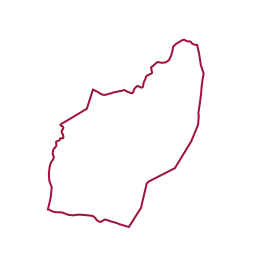 outline of Caridad, Valle, Honduras, rotated 104°
{"feature_id": "27666195B77015637320307", "entity_name": "Caridad", "entity_type": "district", "adm_level": 2, "iso_a3": "HND", "parent_name": "Honduras", "parent_adm1": "Valle", "projection": "albers", "projection_center": [-87.706, 13.817], "detail": "fine", "context": "isolated", "style": "outline", "palette": "rose", "viewbox_px": 256, "rotation_deg": 104, "n_neighbors": 0, "source": "geoboundaries", "source_scale": "gbopen_adm2", "svg_char_len": 5281}
<svg xmlns="http://www.w3.org/2000/svg" viewBox="0 0 256 256"><g transform="rotate(104 128 128)"><path d="M223.8,103.2L202.5,96.1L177.2,96.4L174.6,94.6L155.6,72.8L125.6,63.4L107.9,60.8L99.5,62.2L96.5,63.3L87.4,64.2L79.5,65.1L76.1,65.5L70.6,66.5L62.9,67.4L57.1,67.7L49.0,72.7L42.7,75.3L38.0,77.3L30.7,81.0L30.8,81.5L30.9,82.0L31.0,82.5L31.0,82.9L31.0,83.2L31.0,83.9L30.9,84.7L30.8,85.3L30.7,85.7L30.6,86.1L30.4,86.4L30.3,86.6L30.2,86.8L29.8,87.1L29.6,87.4L29.4,87.6L29.3,87.9L29.2,88.1L29.1,88.3L29.0,88.5L29.0,88.8L29.0,89.0L29.1,89.4L29.2,89.6L29.3,89.9L29.4,90.1L29.4,90.4L29.4,90.9L29.5,91.4L29.5,92.2L29.5,92.3L29.1,93.5L28.7,94.7L29.3,95.9L29.7,96.7L30.1,97.1L31.9,98.8L33.4,100.5L33.8,100.8L34.2,101.2L35.1,101.9L35.7,102.3L36.3,102.7L36.7,103.0L37.3,103.4L37.5,103.5L38.0,103.7L38.3,103.7L38.6,103.8L39.1,103.8L39.6,103.8L40.3,103.7L41.4,103.6L41.9,103.6L42.1,103.5L43.7,103.6L45.6,103.6L46.7,103.6L47.1,103.6L47.3,103.6L50.0,104.2L51.7,104.6L52.2,104.7L52.3,104.7L52.4,104.8L53.0,105.3L53.4,105.7L54.2,106.4L55.0,107.3L55.4,107.8L55.5,107.9L55.6,108.1L55.7,108.4L56.0,109.3L56.5,110.9L56.6,111.5L56.6,111.8L56.7,112.0L56.7,112.9L56.7,113.4L56.7,113.8L56.8,114.5L56.9,115.0L57.0,115.2L57.0,115.3L57.1,115.5L57.6,115.9L58.2,116.4L58.8,116.8L59.5,117.3L60.4,117.9L61.6,118.6L61.8,118.8L62.0,118.9L62.1,119.0L62.5,119.4L62.8,119.7L63.0,119.9L63.2,120.0L63.4,120.2L63.7,120.3L63.9,120.3L64.0,120.3L64.1,120.2L64.2,119.9L64.3,119.8L65.8,119.3L66.7,119.0L66.9,118.9L67.0,118.8L67.4,118.5L67.6,118.4L68.0,118.2L68.4,118.1L68.6,118.0L68.9,118.1L69.0,118.1L69.3,118.3L69.5,118.5L69.9,119.0L70.3,119.5L71.3,120.6L71.8,121.1L72.0,121.5L72.2,121.8L72.4,121.9L72.5,122.1L72.8,122.4L73.1,122.6L73.3,122.7L73.5,122.8L73.8,122.9L74.1,123.0L74.4,123.0L74.6,123.0L74.8,123.0L75.0,123.0L75.5,122.9L75.8,122.9L76.3,123.0L77.2,123.2L77.5,123.3L79.0,123.6L79.6,123.6L79.9,123.7L81.0,123.8L81.4,123.8L81.7,123.7L82.1,123.6L82.7,123.6L83.2,123.5L83.6,123.5L83.9,123.5L84.2,123.6L84.7,123.6L84.9,123.7L85.0,123.8L85.3,124.1L85.4,124.3L85.5,124.5L85.5,125.1L85.5,125.4L85.4,125.8L85.3,126.5L85.2,126.9L85.0,127.5L85.0,127.8L84.9,128.1L84.9,128.4L85.0,128.7L85.0,128.9L85.1,129.1L85.2,129.3L85.4,129.4L85.6,129.6L85.9,129.9L86.6,130.3L87.5,130.8L87.9,131.0L88.4,131.3L88.5,131.3L89.7,131.4L91.0,131.5L91.9,131.7L92.4,131.7L92.5,131.8L92.8,132.0L93.0,132.2L93.1,132.4L93.2,132.5L93.3,132.9L93.4,133.3L93.4,133.6L93.4,134.0L93.3,134.5L93.2,135.2L93.1,135.5L93.1,135.9L93.1,136.7L93.0,137.1L93.0,137.3L93.0,137.6L92.9,137.8L92.6,138.5L92.5,138.9L92.3,139.4L92.3,139.8L92.2,140.3L92.2,140.9L92.3,141.2L92.3,141.5L92.6,142.0L93.1,142.5L93.3,142.8L93.5,143.2L93.6,143.5L93.7,143.9L94.0,144.6L94.2,145.0L94.7,146.0L95.4,147.3L95.7,147.8L96.1,148.7L96.5,149.8L96.9,150.4L97.0,150.8L97.3,151.1L97.4,151.3L97.9,152.0L98.2,152.3L98.3,152.5L98.5,152.9L98.7,153.2L98.8,153.5L99.1,154.3L99.3,154.6L99.5,155.0L99.8,155.4L100.2,156.0L100.4,156.3L100.7,156.8L100.9,157.1L101.1,157.6L101.3,158.1L101.5,158.7L101.6,159.1L101.7,159.5L101.7,159.9L101.8,160.3L101.8,160.6L101.8,160.9L101.8,161.1L101.8,161.5L101.7,161.8L101.6,162.2L101.4,162.9L101.0,163.9L100.8,164.6L100.2,166.6L100.0,167.4L99.9,167.8L99.8,168.5L99.4,170.4L99.2,171.3L119.2,172.6L137.9,191.3L138.6,192.1L139.4,193.0L140.0,193.6L140.2,193.8L140.5,194.0L140.8,194.2L141.0,194.3L141.4,194.2L141.5,194.2L141.8,193.8L141.9,193.6L142.0,193.4L142.0,193.2L142.0,192.9L142.0,192.7L142.1,192.3L142.2,191.9L142.4,191.7L142.5,191.5L142.6,191.4L142.8,191.2L143.1,191.0L143.2,190.9L143.4,190.9L143.6,190.8L143.8,190.8L144.2,190.8L144.4,190.9L144.8,190.9L145.0,191.0L145.4,191.2L145.9,191.4L146.1,191.5L146.3,191.6L146.5,191.6L146.8,191.6L147.1,191.5L147.4,191.5L147.8,191.3L148.1,191.2L148.4,191.1L148.9,190.8L149.2,190.5L149.6,190.3L149.7,190.2L149.8,190.0L149.9,189.8L150.0,189.5L150.1,189.4L150.9,189.1L152.5,188.5L152.6,188.4L152.8,188.4L153.0,188.4L153.3,188.4L153.4,188.5L153.6,188.7L153.7,188.8L153.8,188.9L153.8,189.0L154.0,189.7L154.1,190.0L154.2,190.4L154.3,190.7L154.4,190.9L154.5,191.1L156.1,191.4L156.2,191.5L156.7,191.9L157.1,192.4L157.4,192.8L157.6,193.1L158.0,193.6L158.2,193.9L158.4,194.0L158.5,194.2L158.7,194.3L158.8,194.3L159.0,194.4L159.4,194.3L159.8,194.1L160.1,194.0L160.9,193.7L161.1,193.5L161.4,193.5L161.7,193.4L162.0,193.3L162.6,193.3L162.8,193.3L163.2,193.4L163.4,193.5L163.8,193.7L164.0,193.8L164.4,193.9L165.1,194.4L165.4,194.6L165.8,194.8L166.0,194.9L166.3,195.0L166.5,195.1L166.8,195.1L167.2,195.2L168.2,195.2L168.7,195.2L169.6,195.1L170.3,195.1L170.7,195.0L170.9,194.9L171.6,194.6L171.9,194.4L172.4,194.1L172.9,193.9L173.1,193.6L173.4,193.4L173.5,193.3L173.8,193.1L174.1,193.0L174.3,192.9L174.6,192.9L174.9,192.8L175.2,192.8L175.6,192.9L176.1,193.0L176.6,193.2L177.2,193.3L177.4,193.4L178.1,193.7L180.3,194.4L182.3,194.6L185.0,194.6L188.0,194.2L190.4,193.9L193.0,193.3L195.8,192.4L198.8,191.3L201.9,189.1L203.8,187.7L214.1,186.2L226.3,186.0L226.2,185.7L226.8,183.1L227.1,181.5L227.3,179.8L227.2,177.9L226.4,174.2L225.9,171.5L226.7,164.9L225.9,159.5L224.6,156.8L223.7,153.5L223.1,149.9L222.2,144.1L221.9,140.9L222.7,138.9L223.5,137.9L225.0,135.8L225.7,134.1L225.8,132.1L225.0,130.9L224.0,130.0L222.4,128.3L222.4,126.0L222.8,120.7L222.9,116.5L223.4,113.2L223.8,103.4L223.8,103.2Z" fill="none" stroke="#9f1239" stroke-width="2"/></g></svg>